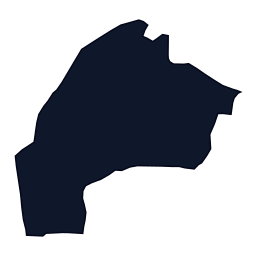 outline of Dostluk, Chardzhou, Turkmenistan
{"feature_id": "10190150B13703090222147", "entity_name": "Dostluk", "entity_type": "district", "adm_level": 2, "iso_a3": "TKM", "parent_name": "Turkmenistan", "parent_adm1": "Chardzhou", "projection": "albers", "projection_center": [65.017, 37.433], "detail": "fine", "context": "isolated", "style": "filled", "palette": "ink", "viewbox_px": 256, "rotation_deg": 0, "n_neighbors": 0, "source": "geoboundaries", "source_scale": "gbopen_adm2", "svg_char_len": 1306}
<svg xmlns="http://www.w3.org/2000/svg" viewBox="0 0 256 256"><path d="M120.9,25.1L111.5,30.5L99.2,38.2L90.4,43.8L88.1,45.3L81.7,49.4L79.3,53.5L73.2,63.7L70.8,67.8L66.7,74.7L62.2,82.3L57.0,89.8L56.9,90.0L53.1,93.2L51.3,96.1L48.0,101.2L43.9,106.3L38.9,114.4L37.0,122.3L35.6,131.7L35.4,133.6L34.1,142.2L25.1,148.1L22.3,149.9L15.4,156.1L16.5,166.2L18.1,176.9L20.7,194.1L21.9,207.1L21.9,207.3L23.5,219.6L26.0,229.7L26.6,235.2L42.8,235.9L43.0,235.7L43.8,235.1L45.9,233.2L52.6,232.9L62.4,232.4L68.7,232.5L70.2,232.6L81.8,233.3L82.7,233.4L83.6,226.4L84.9,220.3L85.8,212.4L84.1,204.5L82.4,198.4L82.8,190.9L85.5,185.7L91.6,182.6L100.8,179.2L109.1,174.4L115.2,170.0L121.7,170.4L130.0,166.9L137.4,165.6L162.3,166.0L172.3,166.4L179.3,166.4L184.6,167.7L194.2,168.9L198.5,164.5L201.6,162.8L206.8,155.3L210.6,148.8L209.7,134.4L214.4,123.5L217.8,113.5L223.0,113.4L231.0,114.3L232.6,102.7L234.1,97.9L238.0,93.2L240.6,92.0L236.8,90.5L236.7,90.5L232.1,89.1L222.6,85.6L213.1,79.7L205.0,74.4L203.8,73.6L196.9,68.8L188.6,63.7L183.8,64.3L178.9,64.2L173.6,64.1L172.9,63.7L171.5,62.9L169.6,61.7L168.2,58.5L168.0,54.7L168.1,46.1L168.2,35.7L162.6,34.6L156.2,39.3L152.8,41.6L147.3,38.4L146.0,37.8L142.6,36.4L144.8,30.1L147.7,25.1L143.4,21.7L138.8,20.1L130.4,22.5L120.9,25.1Z" fill="#0f172a" stroke="#020617" stroke-width="1.5"/></svg>